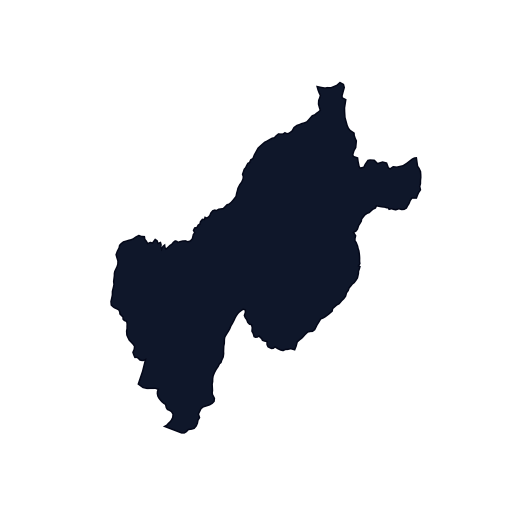 the district of Condeúba, Bahia, Brazil, rotated 200°
{"feature_id": "56859067B15053950259209", "entity_name": "Condeúba", "entity_type": "district", "adm_level": 2, "iso_a3": "BRA", "parent_name": "Brazil", "parent_adm1": "Bahia", "projection": "equal_earth", "projection_center": [-42.052, -14.924], "detail": "fine", "context": "isolated", "style": "filled", "palette": "ink", "viewbox_px": 512, "rotation_deg": 200, "n_neighbors": 0, "source": "geoboundaries", "source_scale": "gbopen_adm2", "svg_char_len": 5364}
<svg xmlns="http://www.w3.org/2000/svg" viewBox="0 0 512 512"><g transform="rotate(200 256 256)"><path d="M335.1,119.3L333.0,120.1L331.1,119.4L329.7,118.6L328.1,118.7L326.3,119.2L324.4,121.0L323.1,108.8L322.8,95.4L317.2,93.8L313.2,94.3L305.3,97.3L302.2,97.3L302.2,94.9L301.6,92.9L300.2,90.7L298.5,89.2L296.9,88.2L294.8,87.0L292.4,86.1L290.2,85.6L288.4,82.8L286.7,81.5L284.6,81.4L282.2,80.9L279.8,79.0L279.0,75.8L279.4,72.5L280.1,70.6L281.0,68.9L282.0,66.4L283.6,64.6L265.5,64.3L262.9,65.2L261.4,67.1L260.2,69.8L257.2,71.4L255.2,72.9L254.1,75.8L253.9,78.8L254.4,81.8L253.8,84.8L256.1,87.8L255.8,90.9L255.5,93.8L254.0,96.2L251.1,98.4L248.7,100.3L246.8,102.6L245.7,105.1L246.4,108.0L248.1,109.6L249.5,110.8L250.4,112.5L250.9,114.7L252.2,117.8L253.4,120.6L253.8,123.1L254.8,126.0L255.3,128.7L255.2,132.2L254.7,135.7L253.8,139.3L253.5,142.2L252.5,143.9L252.6,146.4L252.3,149.9L253.0,153.1L253.9,155.3L254.5,157.2L255.5,160.3L255.9,163.0L256.6,165.1L257.3,167.2L257.6,169.3L256.8,173.5L256.2,176.2L255.8,178.7L255.7,181.9L255.2,184.3L254.7,188.1L254.5,190.7L254.1,193.2L253.4,195.8L252.6,197.6L251.4,199.5L249.9,201.6L247.6,201.7L246.7,199.4L246.6,196.2L245.0,194.4L243.0,193.1L241.0,190.8L238.8,189.7L236.7,189.9L235.0,187.4L234.1,184.0L232.0,182.1L230.2,179.6L228.6,179.5L226.9,180.4L225.7,181.9L224.1,180.9L222.5,180.4L221.1,179.0L218.9,179.0L216.4,179.4L215.3,176.5L213.6,174.8L212.0,174.6L209.8,174.4L208.2,175.2L207.0,177.1L203.9,176.4L200.6,176.1L198.2,176.4L196.5,178.2L194.3,179.1L191.7,180.8L189.4,181.0L187.6,181.1L187.5,185.1L187.9,189.3L186.2,192.5L185.0,194.3L184.1,196.3L183.1,198.9L181.4,202.3L178.8,203.9L177.2,204.5L175.7,206.8L175.3,210.1L175.1,212.2L174.5,214.9L173.7,219.0L171.7,220.8L170.2,222.6L167.8,226.3L165.6,230.2L166.0,232.8L163.4,237.6L161.6,239.6L160.2,243.4L159.0,245.8L158.1,248.8L158.4,252.5L157.6,255.0L157.6,257.9L156.7,260.2L155.9,262.7L154.7,264.5L153.8,267.4L153.2,270.1L153.5,272.5L153.8,274.6L154.5,276.8L154.5,279.2L154.7,281.6L156.3,281.8L155.8,284.3L156.9,286.5L157.9,289.4L158.7,291.3L159.6,293.2L161.1,296.0L162.7,298.0L163.9,300.0L166.6,303.0L168.3,304.2L169.0,306.4L169.3,309.1L171.1,310.5L172.5,311.5L170.6,313.6L169.9,315.9L170.0,319.9L169.5,322.0L169.0,324.7L169.4,327.0L168.6,329.4L167.8,331.8L166.2,334.1L164.5,335.5L163.6,337.3L162.2,339.9L160.2,341.9L160.0,344.4L157.9,344.7L156.0,345.0L154.0,345.4L151.7,346.0L149.9,346.0L148.4,346.5L146.9,345.4L144.9,346.8L142.6,346.9L140.5,347.2L137.9,349.3L135.0,349.5L132.8,350.5L131.1,352.5L130.8,354.9L130.2,357.5L130.1,360.9L129.3,363.8L127.1,364.6L125.1,365.3L125.1,368.3L124.9,371.2L124.1,374.4L126.0,377.4L126.2,380.1L127.3,383.3L128.0,386.1L129.0,388.7L130.3,391.6L132.8,394.1L134.9,395.6L138.9,403.1L140.7,402.2L142.3,400.5L146.0,394.6L148.7,391.1L154.1,387.6L157.6,386.8L159.8,383.7L161.8,384.1L165.1,388.0L169.2,387.6L173.4,384.4L177.6,386.4L181.7,385.2L183.5,384.1L184.7,379.5L185.0,376.3L188.2,374.2L189.8,375.4L192.5,379.8L194.1,382.9L198.6,382.8L199.8,384.5L200.0,388.6L199.4,392.0L201.1,398.5L203.1,400.5L205.0,402.9L205.9,405.0L210.6,406.2L212.9,407.6L215.0,409.8L219.8,416.6L222.1,421.9L223.5,425.5L225.1,433.6L229.1,434.1L230.0,436.0L230.7,444.5L232.5,447.1L236.4,447.7L238.4,444.0L243.1,439.7L244.9,439.1L246.7,438.5L248.5,437.4L250.6,437.0L252.8,436.6L256.5,436.1L254.4,433.2L252.5,431.0L250.4,429.0L250.2,426.5L250.3,423.7L249.2,420.1L247.3,417.4L245.4,414.9L246.5,412.8L248.0,410.7L249.0,408.8L251.1,407.0L252.1,404.4L253.0,402.0L254.1,399.4L256.2,397.5L258.4,396.0L260.0,394.4L262.1,392.8L264.2,389.7L264.8,385.9L266.1,383.8L267.6,382.0L269.1,381.5L271.0,381.7L272.2,379.9L274.3,379.0L276.6,378.4L278.2,375.7L279.2,373.3L281.1,372.2L283.1,369.9L285.1,367.5L286.7,365.9L288.1,363.4L289.6,360.6L290.9,358.1L291.4,354.9L292.1,350.4L292.2,346.5L293.8,344.6L294.0,341.6L295.3,340.3L295.7,337.8L295.9,335.4L296.7,333.5L296.6,330.9L296.6,328.2L295.0,326.2L294.5,323.8L294.7,320.5L295.6,317.5L296.1,313.4L295.8,311.1L295.6,308.3L295.1,305.1L295.8,303.0L296.5,300.8L297.6,297.9L299.1,295.4L300.7,294.3L302.2,291.0L303.0,289.3L305.1,288.2L307.0,287.2L308.6,285.2L310.5,285.0L312.1,283.7L313.1,281.0L313.2,278.2L314.0,276.3L315.3,274.8L317.1,274.9L316.9,272.7L318.9,272.1L319.9,269.3L319.6,267.0L320.9,265.2L321.2,262.6L323.2,261.4L323.5,258.7L321.5,256.9L322.2,254.8L321.7,250.4L322.8,247.7L325.0,246.0L327.4,246.1L330.0,245.0L332.4,243.4L334.1,242.1L335.5,242.7L337.1,242.5L338.3,240.6L339.1,238.2L340.5,236.4L341.4,234.5L342.9,231.7L344.5,232.8L345.6,235.0L346.7,233.2L346.9,230.0L348.5,232.0L349.1,234.2L350.4,236.0L352.3,234.2L354.2,236.5L356.4,237.1L357.7,232.7L359.9,232.6L362.0,230.6L364.3,232.5L366.2,233.6L367.5,236.0L370.6,235.1L373.1,235.2L375.4,232.7L377.2,230.1L379.1,228.4L380.7,227.4L382.9,225.7L385.4,223.9L386.9,221.5L387.8,219.4L387.4,216.8L387.9,213.0L387.9,209.4L386.2,207.0L384.0,204.1L383.0,201.0L382.9,198.5L383.1,196.4L383.4,193.2L383.1,191.2L382.3,188.9L381.6,185.8L381.0,183.3L379.7,180.7L379.3,178.1L379.1,176.1L378.8,173.6L377.6,170.2L377.1,166.8L376.7,163.6L375.2,160.4L373.1,159.5L371.4,159.0L368.9,158.8L366.5,158.5L364.9,156.9L364.0,155.0L361.9,154.0L360.1,153.2L359.3,151.2L357.7,150.4L355.1,150.3L353.8,148.0L353.1,145.8L352.3,143.6L351.9,141.2L350.3,137.6L348.8,136.0L346.3,133.6L343.4,132.2L341.1,131.0L339.2,129.6L338.5,126.6L338.7,123.4L337.0,121.3L335.1,119.3Z" fill="#0f172a" stroke="#020617" stroke-width="1.5"/></g></svg>